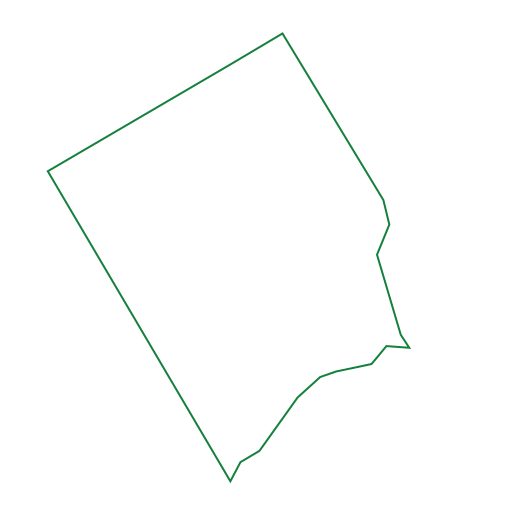 the district of Crisp, Georgia, United States of America, rotated 239°
{"feature_id": "52423323B39330829782254", "entity_name": "Crisp", "entity_type": "district", "adm_level": 2, "iso_a3": "USA", "parent_name": "United States of America", "parent_adm1": "Georgia", "projection": "robinson", "projection_center": [-83.86, 31.917], "detail": "fine", "context": "isolated", "style": "outline", "palette": "green", "viewbox_px": 512, "rotation_deg": 239, "n_neighbors": 0, "source": "geoboundaries", "source_scale": "gbopen_adm2", "svg_char_len": 365}
<svg xmlns="http://www.w3.org/2000/svg" viewBox="0 0 512 512"><g transform="rotate(239 256 256)"><path d="M76.1,118.0L87.3,136.5L87.2,158.6L113.3,218.8L119.2,248.7L115.8,265.0L103.9,299.4L111.6,321.4L98.4,340.1L113.9,339.5L194.8,360.4L214.3,386.5L238.4,394.0L433.1,393.3L433.4,332.6L435.9,121.2L76.1,118.0Z" fill="none" stroke="#15803d" stroke-width="2"/></g></svg>